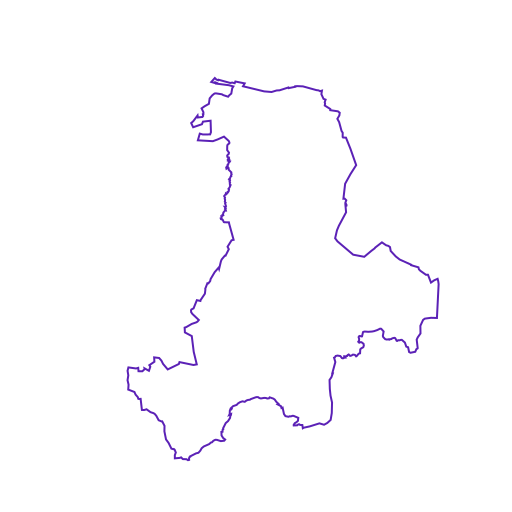 outline of Lūznavas pag., Rezeknes, Latvia, rotated 71°
{"feature_id": "27541924B86453491485354", "entity_name": "Lūznavas pag.", "entity_type": "district", "adm_level": 2, "iso_a3": "LVA", "parent_name": "Latvia", "parent_adm1": "Rezeknes", "projection": "albers", "projection_center": [27.295, 56.354], "detail": "fine", "context": "isolated", "style": "outline", "palette": "violet", "viewbox_px": 512, "rotation_deg": 71, "n_neighbors": 0, "source": "geoboundaries", "source_scale": "gbopen_adm2", "svg_char_len": 6116}
<svg xmlns="http://www.w3.org/2000/svg" viewBox="0 0 512 512"><g transform="rotate(71 256 256)"><path d="M434.1,267.8L433.9,266.6L434.6,260.7L434.9,250.5L437.7,246.6L437.1,243.0L435.3,238.8L429.2,235.5L419.3,231.8L412.3,231.0L405.8,229.5L397.1,226.8L395.2,224.2L392.0,221.6L391.8,222.1L382.1,215.5L377.6,215.3L377.6,214.6L376.5,213.2L376.7,211.3L378.1,208.8L380.5,208.0L381.1,207.1L380.9,206.0L381.1,204.9L380.1,205.5L379.5,205.2L380.3,203.8L380.0,203.1L380.2,202.3L379.5,201.6L379.3,200.4L381.1,199.5L381.2,198.1L380.8,196.5L381.1,195.7L381.8,194.6L383.5,194.0L383.4,193.4L381.8,190.7L381.9,189.3L378.2,187.8L377.6,186.6L377.2,184.3L375.8,183.2L374.0,182.9L371.9,184.3L371.5,185.2L371.6,186.6L370.9,187.1L370.3,187.2L369.7,186.2L368.1,185.5L366.1,185.4L365.4,184.6L365.4,183.8L366.4,182.5L366.5,181.9L362.8,179.6L362.7,178.4L363.1,177.1L364.2,174.6L365.2,170.9L365.5,168.8L365.5,165.4L365.1,162.3L365.6,161.3L368.9,159.9L372.9,162.1L374.1,162.1L376.7,160.9L377.6,159.5L378.0,157.3L378.5,157.2L378.4,155.8L378.6,155.0L378.2,154.0L378.4,151.8L379.0,151.1L382.0,150.6L382.3,150.0L381.9,149.0L382.4,147.9L382.5,146.1L382.8,145.4L386.3,143.4L390.6,143.4L391.8,141.9L396.6,142.5L397.8,141.4L398.4,136.6L396.3,134.7L396.0,133.3L395.7,133.1L387.4,131.3L385.6,129.6L382.8,125.7L375.5,123.3L370.8,118.8L370.2,116.8L370.5,115.1L371.4,110.7L373.5,105.1L342.1,92.5L339.1,91.9L336.7,91.7L337.0,95.4L338.1,99.2L329.7,99.5L329.1,101.4L323.5,105.4L321.6,106.3L319.6,106.1L315.2,112.3L314.8,112.1L306.1,121.3L301.9,124.0L295.1,127.0L291.2,126.4L289.5,127.6L288.2,129.5L284.1,132.5L286.9,140.7L287.4,141.3L288.7,145.3L292.0,153.9L286.4,163.7L268.7,174.2L265.0,175.4L258.1,171.1L254.4,167.8L244.0,156.6L237.5,155.0L237.9,154.8L237.9,154.1L237.3,153.8L234.6,154.1L232.7,152.5L230.6,153.5L230.3,154.7L216.7,148.2L209.3,140.0L202.7,131.7L185.4,131.8L173.4,132.4L172.3,135.1L171.6,135.3L167.7,133.9L165.6,134.4L156.5,133.8L152.8,134.4L150.2,131.4L147.8,130.2L145.9,131.4L142.3,138.3L141.2,137.9L136.1,142.0L134.2,141.0L133.0,141.0L130.8,139.3L129.4,141.0L124.3,141.5L121.1,139.8L121.0,141.8L119.8,142.9L118.8,144.9L110.9,156.4L108.8,161.7L108.3,163.6L108.8,163.7L107.9,170.5L107.2,170.5L107.0,179.8L106.2,182.6L106.0,187.9L103.0,194.7L91.3,213.0L89.1,210.5L84.3,218.7L85.7,219.9L84.3,222.0L84.0,224.0L77.1,234.1L77.5,234.6L76.3,236.0L74.3,237.0L76.9,241.6L79.2,238.4L78.5,238.0L79.7,236.6L80.2,237.2L85.7,226.0L88.3,222.2L89.7,223.9L94.4,226.5L95.3,228.9L96.3,230.5L93.2,234.6L92.0,235.6L89.2,240.9L88.9,241.8L89.0,242.8L89.9,245.2L91.9,248.5L96.8,251.0L97.7,255.9L98.7,259.4L102.9,258.9L104.8,259.6L104.7,260.1L106.4,260.4L107.1,261.4L106.1,265.9L104.1,265.5L108.1,271.4L109.2,274.0L113.8,273.5L113.8,264.2L111.7,262.4L113.3,254.9L124.3,258.3L126.1,259.8L123.8,266.7L122.0,269.3L127.7,273.3L133.4,259.4L133.3,254.4L132.7,247.4L138.4,244.3L140.0,244.2L140.8,244.6L141.5,246.6L142.4,247.3L146.5,248.8L149.5,247.9L150.6,248.6L151.2,250.0L151.8,250.6L153.0,250.8L154.0,249.6L155.1,250.7L155.2,249.8L156.1,249.8L156.3,251.1L156.8,251.5L158.0,249.8L158.5,250.4L158.6,251.2L160.1,252.3L160.4,253.1L161.7,253.3L161.8,254.4L162.7,255.4L163.8,255.5L163.3,254.0L163.9,253.3L165.6,253.7L168.9,252.1L169.5,252.5L170.8,252.4L171.5,253.3L172.4,253.3L172.7,254.2L174.0,255.2L174.3,256.0L175.1,255.9L175.2,256.5L176.2,256.0L177.1,256.8L178.0,256.6L178.3,257.0L180.3,257.5L180.7,257.0L182.6,258.7L183.6,260.2L184.5,259.9L185.9,260.8L186.1,261.8L186.6,261.7L187.0,262.3L186.9,262.7L187.6,263.3L187.8,263.9L187.3,264.2L188.0,264.5L187.9,264.9L189.0,266.6L190.8,266.3L191.7,267.0L192.9,266.9L194.5,267.8L195.7,267.4L196.2,268.1L199.8,268.2L199.4,268.4L200.0,268.9L199.6,269.5L200.8,269.2L200.8,269.6L201.4,270.0L201.8,269.6L203.1,269.7L202.8,270.2L204.3,272.7L205.6,273.4L206.1,274.2L206.8,273.8L207.3,275.3L207.1,275.8L209.1,276.2L209.0,277.1L209.8,277.1L210.9,275.7L213.4,275.4L213.8,275.0L215.6,269.9L215.7,270.8L233.4,271.9L233.2,274.0L238.0,279.9L240.7,279.5L245.8,284.7L245.5,285.3L248.1,289.6L249.6,290.9L256.2,295.1L254.8,295.1L257.8,300.3L263.0,306.4L264.8,307.5L266.4,310.0L265.9,310.8L270.5,314.7L271.3,314.8L275.0,316.6L279.6,322.7L280.4,323.2L278.5,326.3L285.2,332.1L285.5,334.4L286.1,335.1L288.0,335.6L290.1,335.0L297.9,330.9L299.0,332.7L299.3,334.1L299.3,338.9L300.5,345.0L300.5,346.8L305.1,348.1L310.8,342.8L326.4,346.1L339.2,347.3L338.7,350.6L331.4,362.9L333.0,364.1L334.5,376.4L327.8,379.0L324.1,379.5L320.9,380.8L318.7,385.3L322.9,386.5L324.5,392.4L326.3,392.0L329.7,394.6L325.9,398.0L326.7,398.1L328.0,401.0L326.7,404.6L323.4,403.8L323.3,406.0L319.8,412.9L322.7,414.8L327.3,415.6L331.6,417.9L336.2,418.4L340.7,420.3L345.0,415.2L347.8,415.0L351.0,413.7L352.7,413.8L353.1,413.2L353.5,411.6L364.4,414.0L365.2,412.0L365.3,409.4L369.3,406.6L371.2,404.1L372.3,403.2L374.6,402.3L379.6,401.5L381.9,398.9L381.9,398.5L386.8,397.8L392.0,399.7L400.1,400.8L404.3,399.5L410.6,398.7L411.9,396.8L411.8,396.5L412.6,396.0L415.7,395.8L417.9,397.6L420.9,398.6L422.1,393.7L422.0,392.4L424.2,391.3L425.5,387.9L426.9,386.8L427.0,385.6L425.5,385.2L424.6,384.5L424.3,383.4L424.0,383.4L423.1,377.0L423.3,374.5L421.9,372.0L420.1,370.0L419.1,367.4L418.6,361.5L417.7,359.4L417.8,358.2L416.9,356.6L416.6,355.1L416.6,354.0L417.2,352.7L419.6,349.5L420.3,346.2L419.5,344.9L417.4,346.3L414.5,347.0L411.1,346.0L411.3,344.9L409.5,344.2L409.1,343.3L408.2,343.2L404.1,339.0L403.0,336.2L400.7,333.3L398.1,331.9L398.1,331.4L397.3,331.0L397.5,333.0L396.8,332.3L393.7,331.1L392.4,330.0L393.0,329.4L392.4,328.5L391.4,328.6L391.3,327.9L391.7,327.4L391.1,327.8L390.5,326.5L390.5,322.8L389.5,320.9L389.0,318.6L389.0,316.1L390.2,314.1L389.5,312.0L389.5,310.4L389.9,308.6L389.6,307.5L389.5,302.3L389.7,301.0L390.3,299.8L391.4,299.1L392.3,297.7L392.8,294.5L393.5,292.8L394.4,291.8L394.8,290.1L394.1,289.1L396.5,286.0L397.9,285.0L400.4,284.3L403.1,282.9L403.3,283.9L406.1,281.3L408.1,281.4L408.0,280.2L414.5,281.0L417.0,280.3L418.6,277.6L418.5,276.3L419.0,275.3L419.0,273.5L419.4,272.5L422.8,268.7L425.5,270.0L426.3,271.8L426.7,273.8L428.0,275.4L428.5,275.5L429.5,272.2L429.0,270.8L429.2,269.9L430.1,269.3L430.9,267.2L434.1,267.8Z" fill="none" stroke="#5b21b6" stroke-width="2"/></g></svg>